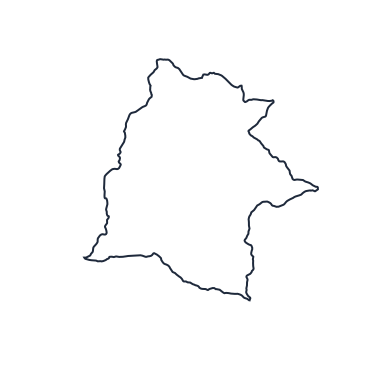 Tangsibji, Tongsa, Bhutan (Robinson projection), rotated 44°
{"feature_id": "84629894B49334077876628", "entity_name": "Tangsibji", "entity_type": "district", "adm_level": 2, "iso_a3": "BTN", "parent_name": "Bhutan", "parent_adm1": "Tongsa", "projection": "robinson", "projection_center": [90.389, 27.406], "detail": "fine", "context": "isolated", "style": "outline", "palette": "slate", "viewbox_px": 384, "rotation_deg": 44, "n_neighbors": 0, "source": "geoboundaries", "source_scale": "gbopen_adm2", "svg_char_len": 6041}
<svg xmlns="http://www.w3.org/2000/svg" viewBox="0 0 384 384"><g transform="rotate(44 192 192)"><path d="M160.1,314.0L160.9,314.2L161.8,314.1L165.3,312.2L167.1,310.9L170.6,308.0L172.4,307.3L173.5,306.1L174.6,305.0L175.2,304.7L176.2,303.2L177.2,300.9L177.5,299.2L178.1,298.0L178.2,297.5L177.7,296.1L177.9,295.7L179.2,294.3L181.0,293.1L182.0,291.3L182.5,290.8L184.7,289.3L187.3,286.6L189.3,284.0L190.5,282.4L198.9,273.3L200.5,272.3L203.4,271.0L204.1,270.5L205.2,268.7L205.9,267.9L206.8,266.5L207.1,265.2L206.9,263.0L207.1,262.6L207.3,262.3L210.3,261.4L213.0,261.1L215.4,261.1L215.9,261.3L217.1,262.2L219.5,262.8L221.3,263.0L222.7,262.6L224.2,261.9L226.1,261.4L227.7,261.5L229.1,262.0L233.6,263.0L236.1,262.1L238.2,262.1L241.7,261.7L243.1,261.4L245.0,261.5L247.5,262.2L248.3,262.0L249.8,260.6L250.2,260.4L251.5,260.1L253.6,258.4L256.5,257.8L258.2,257.0L259.3,256.7L260.0,256.2L261.6,255.5L262.7,255.4L263.7,255.7L264.3,255.6L265.4,255.3L266.2,254.9L267.0,254.3L269.3,252.3L270.6,251.9L271.5,251.5L271.7,251.1L271.9,249.7L272.3,249.0L273.6,246.7L274.7,245.7L276.7,245.3L277.0,244.9L279.8,243.1L283.9,242.7L285.3,242.4L285.7,242.2L286.2,241.4L286.8,240.7L288.7,239.2L290.6,238.0L293.5,235.6L295.5,233.6L296.3,233.1L298.0,232.3L299.3,231.9L300.2,231.8L302.5,231.9L303.4,231.7L305.9,230.5L308.3,230.2L308.7,229.9L308.4,229.5L308.1,228.6L307.7,228.2L307.7,227.9L307.2,227.6L304.5,227.8L301.8,227.1L300.8,226.6L300.1,225.8L299.4,224.6L298.0,223.5L296.5,221.1L294.3,218.7L293.0,216.6L292.1,216.0L290.3,215.4L289.8,214.9L289.6,214.2L289.7,213.5L290.7,210.5L290.7,209.7L290.5,208.2L290.0,207.3L290.0,205.6L289.9,205.0L289.4,204.2L287.5,202.8L285.3,200.7L283.7,198.9L282.5,198.1L281.1,196.0L280.3,195.9L279.7,196.0L278.3,195.8L277.8,195.6L277.0,194.8L275.7,192.7L275.2,191.5L274.1,190.3L272.2,189.4L271.3,189.3L269.8,190.1L267.9,190.6L265.6,191.0L264.4,190.8L263.7,190.5L263.4,190.1L263.2,189.6L263.0,187.3L262.1,185.1L261.6,182.9L260.1,181.2L259.7,180.4L259.3,179.4L258.7,178.3L256.4,176.7L253.8,174.1L251.6,172.2L251.2,171.5L250.8,170.9L250.2,169.7L250.0,168.3L249.6,167.0L249.1,166.0L248.8,165.5L249.2,161.8L248.3,156.4L249.1,153.8L249.4,151.3L249.6,150.3L250.1,149.5L252.5,146.9L253.0,146.5L254.7,145.9L256.1,145.6L257.0,145.6L258.8,146.0L259.8,145.7L260.6,145.1L263.0,144.0L264.5,142.4L266.7,137.5L266.8,136.2L266.6,133.8L266.7,132.3L267.6,129.2L268.8,126.1L269.1,124.6L269.6,123.3L271.6,119.7L272.4,117.9L272.4,116.0L272.8,113.6L273.4,112.1L275.3,109.5L276.1,108.6L276.5,108.5L277.6,107.0L279.9,106.1L280.1,105.8L280.7,102.6L279.6,101.5L278.8,101.2L278.5,101.3L277.3,102.3L274.1,103.3L271.8,103.5L270.9,103.7L269.2,104.3L266.2,105.8L263.5,106.3L259.5,109.5L258.5,110.5L257.4,112.1L256.6,112.6L256.2,112.7L255.2,112.7L252.3,111.2L251.0,111.1L250.1,110.9L248.9,110.1L247.4,108.9L247.0,108.8L242.9,108.2L241.5,107.8L240.4,107.0L239.5,106.6L237.7,106.2L236.8,106.4L236.4,106.6L234.4,108.6L233.6,109.2L233.2,109.3L232.3,109.2L230.6,108.4L228.8,108.4L227.7,109.0L226.5,110.4L225.7,110.8L221.0,110.3L220.2,109.9L218.7,108.8L217.9,108.5L216.2,109.3L213.0,110.0L212.6,109.9L211.3,109.3L208.1,109.0L205.4,108.4L204.9,108.4L204.0,108.8L202.2,108.9L198.6,109.9L196.8,109.9L195.0,110.4L193.6,110.3L192.7,110.2L192.3,110.0L191.6,109.4L190.6,109.2L190.3,108.9L190.1,108.5L190.5,106.3L190.8,103.2L191.4,100.4L191.6,97.5L191.0,94.7L190.7,90.3L190.9,89.4L192.3,86.9L192.4,86.4L192.1,85.5L189.5,81.5L188.3,78.8L188.1,77.9L188.0,76.0L188.1,73.1L188.4,71.0L188.2,70.7L187.6,70.1L186.9,69.8L186.2,70.1L186.2,70.5L186.0,70.9L184.5,72.8L183.4,73.8L178.8,77.0L177.9,78.0L174.4,80.4L171.9,82.5L171.3,83.3L170.9,84.2L169.2,85.8L169.0,86.2L168.7,87.1L168.6,88.1L168.4,89.0L167.8,90.3L167.5,90.5L165.7,90.5L165.3,90.4L164.6,89.8L162.0,86.4L161.0,85.4L159.8,84.6L156.3,83.3L154.5,81.6L153.8,81.1L153.5,81.3L152.9,82.2L152.5,84.6L152.3,85.1L151.6,85.6L149.1,86.9L147.3,87.3L145.9,87.5L137.5,87.3L132.9,87.6L132.0,87.8L129.0,89.0L126.4,91.0L124.9,91.1L124.0,92.7L122.3,93.6L122.1,94.0L122.2,96.0L121.6,97.1L119.3,98.7L118.6,99.7L119.5,102.3L119.9,102.9L117.8,105.7L117.4,106.7L115.6,109.0L114.9,109.6L112.2,111.4L108.6,112.4L105.6,113.7L104.7,113.9L103.8,113.8L97.4,112.4L95.6,112.6L93.9,113.5L92.6,113.8L90.7,113.7L89.5,113.1L88.6,112.9L84.4,112.9L83.5,113.1L82.7,113.5L81.4,114.9L80.2,115.8L79.7,116.5L77.0,118.4L76.4,119.2L76.1,120.0L75.5,120.8L75.3,121.4L75.6,122.1L75.9,122.5L77.7,124.0L80.0,125.7L80.6,126.4L80.8,127.8L80.5,130.2L81.1,132.6L80.8,136.4L80.9,139.3L81.1,140.2L82.5,141.5L84.9,143.0L86.5,143.8L88.4,144.3L89.0,145.5L89.6,146.0L90.7,147.4L91.9,148.3L93.8,149.1L94.7,149.8L95.7,150.1L96.8,151.6L96.5,154.3L96.6,155.3L97.7,158.9L98.6,160.6L98.8,161.6L98.4,163.0L97.6,164.7L97.3,165.6L95.9,173.2L95.5,174.1L93.7,176.9L93.5,177.3L93.3,178.7L93.6,180.2L95.4,184.3L96.6,188.0L97.4,189.2L98.8,190.5L99.4,191.2L100.3,193.4L100.9,195.6L101.3,195.8L102.2,195.9L102.6,196.1L104.9,197.8L106.2,199.1L107.2,201.3L108.0,202.5L108.4,203.4L110.0,210.9L110.3,211.3L110.9,212.0L112.7,212.7L113.0,213.0L113.2,213.4L113.4,214.8L113.0,216.3L113.0,216.7L113.6,217.1L115.5,217.1L116.3,217.4L116.7,217.7L117.7,219.3L117.9,219.8L118.0,220.8L118.2,221.1L119.1,221.5L121.0,221.5L121.4,221.6L121.8,221.9L122.2,223.0L122.9,225.3L122.8,226.3L122.7,226.8L122.2,227.6L120.7,228.7L120.0,229.3L118.9,230.9L118.7,231.8L118.4,233.7L118.1,238.5L118.2,240.5L118.4,241.4L119.8,243.3L123.6,247.5L126.1,250.4L128.8,252.2L131.3,255.1L132.6,256.4L133.4,256.9L133.8,256.9L134.6,256.3L135.0,256.2L136.7,257.0L138.2,258.2L139.6,259.5L141.9,263.6L142.5,264.4L144.5,265.5L145.5,266.6L146.7,267.4L147.5,267.7L148.0,267.7L148.8,267.3L149.3,267.5L149.6,267.9L150.0,268.7L150.3,271.1L152.3,273.1L152.6,273.5L153.0,276.4L153.4,277.3L153.7,277.6L155.5,278.3L157.1,279.2L158.6,280.3L159.2,281.1L159.4,282.0L159.1,282.9L158.4,283.6L157.2,284.3L156.6,285.0L156.2,285.9L156.0,287.3L156.5,290.7L157.0,291.5L158.6,293.3L159.0,294.1L159.3,296.0L159.4,299.4L159.6,300.4L160.1,301.2L161.8,303.4L162.2,304.3L162.3,306.7L162.8,308.1L162.8,308.6L161.4,312.7L160.1,314.0Z" fill="none" stroke="#1e293b" stroke-width="2"/></g></svg>